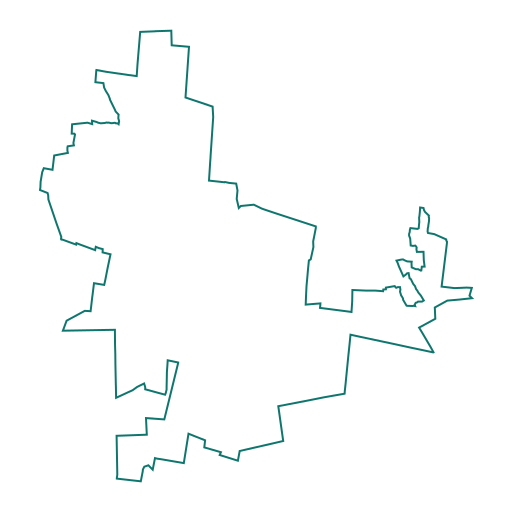 Muxupip, Yucatán, Mexico (Natural Earth projection)
{"feature_id": "50627088B24454448227409", "entity_name": "Muxupip", "entity_type": "district", "adm_level": 2, "iso_a3": "MEX", "parent_name": "Mexico", "parent_adm1": "Yucatán", "projection": "natural_earth1", "projection_center": [-89.31, 21.056], "detail": "fine", "context": "isolated", "style": "outline", "palette": "teal", "viewbox_px": 512, "rotation_deg": 0, "n_neighbors": 0, "source": "geoboundaries", "source_scale": "gbopen_adm2", "svg_char_len": 4332}
<svg xmlns="http://www.w3.org/2000/svg" viewBox="0 0 512 512"><path d="M433.5,352.3L430.7,347.2L422.3,332.9L419.1,327.6L435.3,318.8L434.8,307.5L447.3,300.6L459.0,299.6L472.0,298.2L469.5,295.7L471.8,287.9L470.4,287.8L466.6,287.6L460.0,287.9L454.4,288.1L441.6,286.6L446.9,243.4L447.0,241.7L446.3,240.6L446.2,239.4L434.2,234.1L428.0,233.0L427.6,231.6L427.8,228.3L428.3,226.3L428.3,225.5L429.0,221.1L429.1,218.0L428.7,217.0L428.9,215.6L425.0,211.9L424.0,210.1L423.5,208.0L420.1,207.5L419.9,211.4L419.4,216.3L419.1,217.5L419.3,222.1L419.0,224.8L418.7,228.3L417.5,228.9L410.4,228.1L409.9,229.7L409.7,232.1L409.1,233.9L409.1,235.7L409.4,236.4L410.2,238.6L410.7,245.5L412.9,245.9L415.3,245.6L416.0,246.4L416.5,247.2L416.7,247.8L416.4,249.0L416.8,251.4L416.9,251.9L423.5,251.8L423.8,260.2L424.6,266.6L421.8,266.7L421.3,270.5L420.7,270.6L418.2,269.2L415.9,269.2L411.7,267.4L411.5,263.1L411.7,261.7L407.2,261.4L404.8,260.4L403.0,259.4L401.2,259.6L396.5,260.6L397.7,263.0L398.9,266.4L403.4,276.4L405.7,274.7L407.1,273.3L408.6,273.1L409.2,276.2L409.6,278.4L410.4,278.7L411.0,279.4L412.6,282.7L413.2,283.9L415.0,286.1L416.1,289.1L417.3,290.6L418.3,292.5L420.8,295.5L423.8,300.5L422.0,301.6L418.0,301.6L417.1,302.4L415.7,302.8L414.7,304.7L415.2,306.1L413.7,305.8L412.6,306.0L406.9,305.8L406.5,305.6L403.1,299.8L403.0,298.5L402.0,296.7L401.1,295.4L400.7,293.9L400.0,291.7L400.4,289.7L400.0,287.1L397.9,287.1L396.2,287.8L395.5,287.2L394.7,286.1L385.9,287.6L385.9,289.3L383.3,289.5L383.1,291.2L375.4,290.6L366.1,290.6L356.8,290.2L352.4,290.0L352.2,301.5L351.5,312.0L350.3,311.8L346.6,311.3L334.1,309.7L327.2,308.8L320.0,307.9L320.3,305.4L320.4,303.4L305.7,304.6L306.0,296.7L306.5,286.2L307.2,278.6L308.0,269.4L308.9,260.4L310.7,259.4L313.4,247.1L313.2,242.2L313.2,241.2L314.2,236.3L315.8,228.0L315.8,226.4L276.6,213.6L265.8,210.0L261.8,208.6L253.8,204.7L240.8,206.0L238.8,208.0L237.4,201.9L237.0,200.1L236.7,199.0L236.8,197.9L237.4,191.5L237.5,190.5L237.1,188.4L236.2,183.6L229.1,182.9L224.9,182.0L224.5,182.3L218.4,181.6L209.0,180.6L210.1,163.2L210.5,157.7L210.6,155.6L211.7,139.4L213.2,117.0L212.6,106.6L185.5,97.5L189.0,46.8L171.7,45.3L171.3,30.7L155.8,31.2L155.2,31.2L155.1,31.3L140.2,31.9L137.5,64.2L136.7,76.1L130.3,75.2L129.0,75.1L125.2,74.5L123.7,74.3L120.4,73.8L117.9,73.5L116.7,73.3L106.2,71.8L96.4,70.0L96.3,70.4L95.4,82.2L103.4,83.1L104.1,87.5L105.7,90.8L108.4,95.1L109.9,98.9L109.9,99.5L115.0,109.9L115.6,111.4L116.4,112.3L118.6,114.6L118.5,115.3L118.3,118.3L118.9,120.3L119.1,121.4L118.6,124.2L117.5,123.3L115.8,123.3L115.3,122.9L114.3,122.8L112.7,123.1L111.1,123.2L109.2,122.7L108.2,122.6L107.5,122.7L106.7,122.5L104.7,123.0L100.7,123.3L98.6,122.8L98.1,122.7L97.3,122.3L96.3,121.9L92.0,120.7L92.2,124.1L87.5,122.7L72.1,124.3L71.7,133.6L74.4,133.7L75.0,134.5L73.4,143.0L73.9,145.4L67.7,146.3L67.4,147.6L67.4,150.6L67.9,152.9L54.2,155.5L52.5,169.8L43.8,168.2L42.2,172.2L40.6,181.8L40.4,187.3L40.0,190.0L47.6,193.0L48.2,195.5L48.4,199.5L56.4,223.1L61.3,236.9L61.0,239.0L61.4,239.6L62.4,239.6L76.1,244.6L76.4,243.1L79.9,244.5L95.1,250.1L95.1,249.9L95.2,249.7L95.8,246.8L98.9,248.1L102.7,249.1L102.6,252.1L102.6,252.4L110.5,254.3L107.6,268.1L105.3,279.9L104.2,284.9L94.0,283.2L92.5,295.3L92.3,296.6L90.6,311.2L85.6,310.9L84.7,310.9L77.5,314.8L66.6,320.7L62.9,330.7L114.9,329.8L115.0,340.3L115.0,340.9L115.0,342.0L115.0,342.9L115.1,347.1L115.3,353.9L115.4,363.7L115.8,383.6L115.8,383.8L115.9,386.6L116.1,397.8L126.3,393.1L128.0,392.3L130.7,391.1L131.8,390.6L132.8,390.1L137.2,386.9L144.1,383.5L145.2,387.1L145.2,389.3L149.0,390.3L158.0,392.8L160.3,393.4L165.1,394.7L165.8,392.9L166.6,389.6L166.6,386.8L166.8,377.9L166.9,372.2L167.2,367.9L167.4,365.3L167.7,360.3L178.2,362.5L178.2,362.8L164.3,419.4L146.0,418.1L146.8,434.7L116.6,435.8L117.3,474.7L116.8,478.2L116.8,478.3L116.8,478.6L130.8,480.2L140.8,481.3L142.7,471.6L142.9,469.5L144.3,466.7L148.4,465.3L152.7,469.7L155.0,458.1L155.3,458.2L157.4,458.7L161.0,459.2L183.8,463.1L188.5,433.7L195.2,436.4L205.1,440.3L204.3,447.4L220.9,452.2L219.7,455.0L237.9,460.7L239.7,451.0L272.0,443.6L283.2,441.0L278.3,406.2L309.0,400.3L324.0,397.3L344.6,393.7L344.8,391.0L345.7,382.7L345.8,381.5L348.4,355.2L349.5,344.7L350.5,334.7L360.1,336.8L393.5,343.9L401.8,345.7L412.9,348.1L415.4,348.6L418.7,349.3L424.9,350.6L433.2,352.4L433.3,352.4L433.5,352.3Z" fill="none" stroke="#0f766e" stroke-width="2"/></svg>